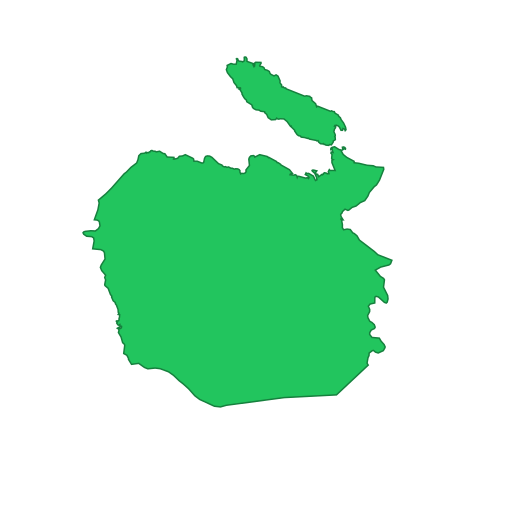 Kaoh Kong, Kaôh Kong, Cambodia (Natural Earth projection), rotated 128°
{"feature_id": "14789045B37744308574617", "entity_name": "Kaoh Kong", "entity_type": "district", "adm_level": 2, "iso_a3": "KHM", "parent_name": "Cambodia", "parent_adm1": "Kaôh Kong", "projection": "natural_earth1", "projection_center": [103.11, 11.431], "detail": "fine", "context": "isolated", "style": "filled", "palette": "green", "viewbox_px": 512, "rotation_deg": 128, "n_neighbors": 0, "source": "geoboundaries", "source_scale": "gbopen_adm2", "svg_char_len": 6153}
<svg xmlns="http://www.w3.org/2000/svg" viewBox="0 0 512 512"><g transform="rotate(128 256 256)"><path d="M379.2,341.0L379.3,338.2L380.2,337.4L380.6,335.8L383.2,331.6L385.2,329.9L385.4,328.8L386.9,328.6L386.2,327.3L388.4,325.8L389.4,325.6L390.0,324.9L391.7,324.4L393.1,326.0L393.5,325.8L393.8,324.5L394.6,324.4L395.3,322.5L395.0,321.4L393.8,321.1L395.2,319.4L394.2,318.7L394.5,318.3L395.5,317.9L396.6,318.1L397.1,319.6L396.5,320.1L398.3,320.8L398.2,319.3L398.6,318.4L401.0,317.3L402.9,312.5L406.4,307.7L406.6,305.3L407.3,304.4L414.3,300.2L413.7,296.7L415.1,293.6L416.0,292.8L418.0,287.4L412.8,282.3L412.5,275.3L411.5,271.8L406.4,266.5L403.8,262.1L401.1,253.6L400.8,247.5L401.6,239.7L401.6,234.6L402.1,227.4L403.8,218.1L403.7,212.0L400.0,196.3L396.8,191.1L391.8,187.4L350.2,146.6L315.9,107.1L272.9,100.4L272.1,102.5L267.1,105.2L265.0,105.6L262.8,107.1L258.9,106.0L258.1,105.3L258.2,102.7L257.2,100.0L252.2,97.4L248.9,97.9L248.1,98.3L246.9,100.6L246.1,105.0L244.8,108.3L248.8,114.5L247.8,118.2L246.4,119.2L243.4,119.6L240.2,118.0L238.7,118.3L237.3,120.5L237.0,123.8L237.4,126.1L235.7,129.8L234.2,131.4L229.9,132.2L228.1,133.5L226.4,136.6L223.6,136.5L219.9,133.5L215.3,137.0L213.9,136.6L212.9,134.4L213.5,126.3L212.9,124.4L211.6,124.2L208.6,125.5L206.1,127.9L202.1,136.3L195.7,140.1L195.1,141.6L195.5,145.4L193.7,153.3L188.1,151.0L181.2,145.7L179.3,145.2L175.7,146.3L180.0,160.7L179.6,165.6L179.8,184.3L177.9,188.9L177.8,192.4L178.2,194.0L177.1,198.0L178.7,200.8L181.4,203.1L180.5,205.4L178.2,207.1L175.0,210.7L174.4,210.1L174.7,211.8L174.2,211.9L173.6,210.4L172.6,213.1L171.6,214.5L171.0,214.9L169.3,214.7L167.8,215.2L164.3,214.7L163.5,211.7L162.6,211.1L158.5,210.2L155.0,207.9L149.7,206.7L145.4,204.4L140.0,204.7L136.1,205.8L128.6,205.5L125.8,204.8L120.2,205.4L109.0,208.7L107.7,210.1L112.0,216.3L112.7,219.2L116.1,224.3L119.6,232.0L122.1,236.1L121.0,237.0L122.4,245.2L122.3,249.8L120.8,253.4L120.2,253.7L119.7,253.2L121.0,256.2L121.5,261.3L123.5,262.9L125.0,263.3L125.9,262.7L124.3,262.2L125.6,261.3L127.0,259.0L127.8,260.7L128.8,260.3L129.2,258.6L132.5,256.5L132.9,255.4L132.7,254.6L133.7,255.2L135.7,253.6L139.9,246.3L143.0,250.3L142.8,251.4L145.0,251.0L146.2,249.2L147.4,250.5L147.3,251.3L148.2,253.3L149.6,253.7L150.1,253.3L151.2,253.7L151.2,254.3L154.9,255.4L153.7,257.7L154.6,259.2L153.4,260.5L151.5,260.5L152.8,263.5L153.6,264.4L154.1,264.5L154.4,264.0L154.7,260.5L156.9,256.5L158.4,254.9L159.9,255.6L157.7,260.0L158.5,265.4L159.8,266.9L159.7,267.7L161.5,267.3L160.9,263.9L161.4,262.6L162.6,262.3L162.7,263.8L164.0,264.7L166.9,271.5L168.0,272.2L168.6,272.0L167.5,273.5L167.8,275.2L169.0,275.9L171.0,279.2L170.2,279.4L168.5,278.1L167.4,282.8L168.9,292.4L168.6,293.0L168.8,295.8L169.4,296.9L168.9,297.9L170.4,306.7L170.8,306.7L170.7,308.5L173.9,315.5L178.8,317.8L178.3,318.6L178.4,319.8L180.3,321.7L182.3,321.9L184.1,321.3L188.7,316.9L194.4,316.9L195.6,315.7L197.3,315.7L198.5,316.4L199.8,318.3L200.7,318.6L199.7,320.5L198.7,321.1L198.3,322.5L198.6,324.0L199.8,325.8L200.8,326.4L201.5,328.9L202.3,329.8L202.7,332.4L204.1,333.6L204.3,335.0L205.3,335.8L205.7,337.9L205.3,338.8L206.3,342.4L205.4,351.4L205.8,354.0L207.1,356.0L208.6,357.0L210.7,356.7L214.3,354.9L215.4,355.1L216.1,355.9L217.5,360.7L219.5,363.3L218.0,364.9L217.9,366.1L219.7,374.1L222.4,375.5L224.6,377.8L227.3,377.9L230.2,380.2L230.4,380.6L229.3,380.8L228.8,381.4L232.7,386.9L231.5,390.8L232.4,392.3L232.8,396.5L235.4,398.7L235.5,399.9L236.6,401.4L236.9,403.0L237.9,403.7L238.9,403.5L239.7,404.2L240.6,404.1L241.4,405.3L242.2,405.5L241.9,406.6L243.5,407.0L246.1,409.7L249.1,410.1L252.8,408.3L256.2,407.3L263.1,409.1L269.8,409.8L272.3,410.5L291.1,411.6L299.5,412.6L309.0,414.6L310.8,412.2L317.0,409.0L327.0,405.7L325.5,403.3L325.2,401.7L325.5,400.5L328.3,397.5L331.4,397.0L335.2,398.0L337.8,401.7L341.8,405.8L343.1,406.6L344.2,406.6L344.9,405.1L344.7,401.6L341.9,397.4L341.7,395.1L343.8,392.8L350.9,389.1L346.5,382.2L346.0,379.2L346.7,377.5L351.3,373.1L358.4,372.4L360.8,371.6L362.5,368.6L363.7,362.7L366.1,362.0L367.4,359.8L371.7,357.6L372.3,356.8L372.5,352.6L376.0,346.9L376.4,344.9L377.3,344.5L379.2,341.0ZM102.0,266.0L101.5,264.2L102.3,262.9L101.1,262.8L99.4,264.7L97.3,268.8L96.1,273.0L95.1,274.6L95.0,276.9L94.3,277.8L94.8,281.6L94.0,283.2L94.7,284.1L95.1,285.9L96.1,286.4L100.0,299.7L101.1,300.0L99.3,302.8L99.0,307.6L97.1,309.6L97.4,311.0L97.1,311.9L98.7,314.9L100.1,316.0L105.7,335.2L105.3,336.1L106.1,337.1L106.0,338.7L106.5,338.7L106.9,340.0L105.5,341.0L104.7,343.9L103.2,344.8L100.7,349.4L100.9,351.7L103.0,352.7L103.7,356.3L103.5,357.4L102.4,359.1L102.7,361.5L103.7,364.0L102.8,365.4L102.7,366.3L103.0,367.9L104.1,369.6L103.8,370.3L100.9,370.7L100.4,371.3L103.6,375.6L105.7,376.0L106.1,375.5L105.6,375.1L107.3,374.0L108.1,374.1L107.2,376.0L106.8,375.8L106.1,376.7L108.2,382.9L106.2,384.5L105.5,386.2L105.9,387.2L106.7,387.6L109.3,385.4L111.3,386.0L111.3,386.7L112.9,389.4L112.8,390.5L112.0,391.6L112.1,392.6L112.8,392.8L113.2,391.6L117.0,389.7L118.7,391.7L119.7,394.2L123.6,396.1L124.7,394.9L127.4,394.1L129.1,391.4L130.4,386.5L130.7,383.4L132.9,380.1L133.8,376.2L135.0,374.5L133.1,371.8L133.6,371.3L134.1,372.1L134.9,372.2L134.7,371.2L136.2,367.3L137.0,366.8L138.0,364.5L139.0,361.7L139.0,359.8L140.1,358.2L139.5,352.7L140.0,351.2L140.7,350.9L141.3,348.9L140.8,346.0L139.2,343.5L139.0,341.4L137.0,338.0L137.7,337.3L137.8,334.8L139.5,331.6L139.3,327.8L136.5,324.6L134.6,324.5L134.8,323.7L134.1,322.2L133.1,321.6L130.8,318.4L130.9,314.3L132.6,308.6L132.1,308.2L132.5,308.0L133.1,303.1L133.7,302.5L135.0,298.5L135.0,296.6L134.1,294.7L134.5,294.0L134.3,293.2L132.8,290.8L131.5,287.6L131.0,287.3L131.0,285.9L127.9,279.8L127.8,278.8L126.9,278.2L127.7,276.7L127.8,274.3L126.7,272.5L126.0,272.2L126.2,270.9L125.6,270.5L125.6,269.2L124.0,266.7L123.0,266.7L122.0,265.0L118.7,265.3L117.8,265.9L115.5,265.1L113.9,266.5L113.4,267.5L112.6,267.4L111.5,268.5L110.1,271.2L107.5,272.3L105.9,272.3L105.1,273.7L105.3,274.1L104.7,274.2L104.5,273.1L103.5,273.4L102.9,271.3L103.1,269.6L104.6,266.4L103.7,265.2L102.0,266.0ZM119.7,253.2L117.3,252.6L116.8,251.3L116.1,251.7L115.8,253.0L116.2,254.2L117.1,254.9L118.5,253.3L119.7,253.2Z" fill="#22c55e" stroke="#15803d" stroke-width="1.5"/></g></svg>